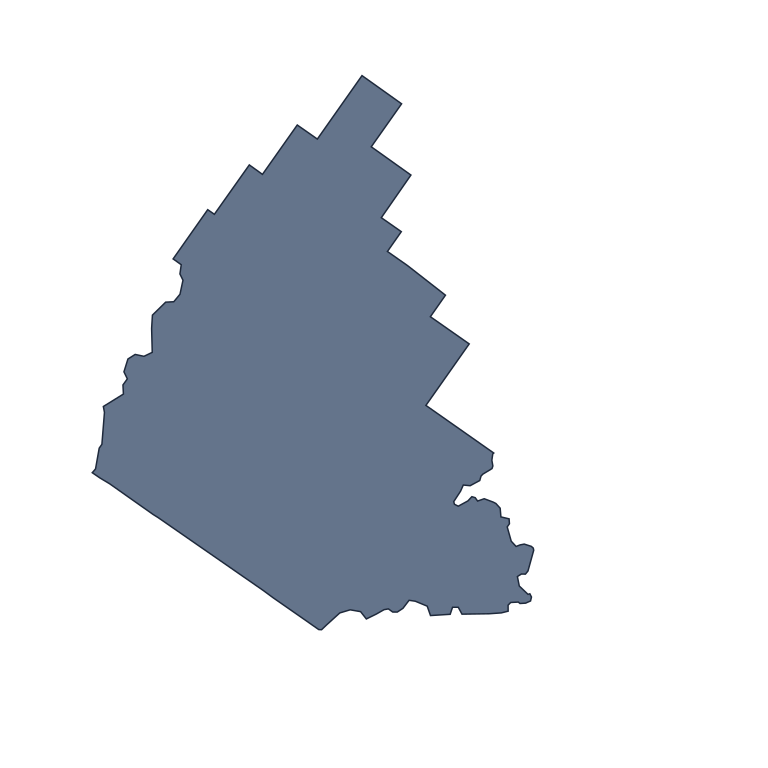 Fremont, Idaho, United States of America (Equal Earth projection), rotated 125°
{"feature_id": "52423323B19841424065600", "entity_name": "Fremont", "entity_type": "district", "adm_level": 2, "iso_a3": "USA", "parent_name": "United States of America", "parent_adm1": "Idaho", "projection": "equal_earth", "projection_center": [-111.419, 44.319], "detail": "fine", "context": "isolated", "style": "filled", "palette": "slate", "viewbox_px": 768, "rotation_deg": 125, "n_neighbors": 0, "source": "geoboundaries", "source_scale": "gbopen_adm2", "svg_char_len": 1683}
<svg xmlns="http://www.w3.org/2000/svg" viewBox="0 0 768 768"><g transform="rotate(125 384 384)"><path d="M377.6,254.5L377.5,337.4L302.3,337.2L302.3,384.6L276.0,384.6L273.5,432.7L273.5,457.2L249.3,457.2L249.3,481.6L197.4,481.8L197.0,530.5L144.4,530.3L144.0,578.9L221.6,579.1L221.6,603.6L282.0,603.8L281.8,620.0L342.3,620.3L342.3,628.4L402.5,628.5L402.6,618.5L410.9,614.3L414.3,608.2L427.5,602.6L437.2,603.4L442.2,609.8L460.4,613.2L471.8,606.2L491.0,592.0L499.0,596.5L502.5,604.8L510.4,608.1L523.2,604.0L527.0,597.2L534.5,597.3L541.7,591.7L563.4,601.0L567.6,596.7L595.2,580.5L599.9,580.5L619.0,571.6L624.0,572.1L623.9,562.8L623.1,551.5L623.2,528.8L623.2,528.5L623.2,527.4L623.3,498.2L623.0,492.5L622.4,364.1L622.7,352.2L622.6,318.0L622.6,316.8L622.6,296.6L621.1,294.2L614.5,292.9L596.9,288.9L588.4,282.2L583.9,272.6L586.6,263.7L576.8,258.3L568.8,254.5L565.7,251.4L565.8,246.1L563.2,242.3L556.9,239.8L546.8,239.4L544.0,233.8L541.2,221.2L547.0,213.1L534.7,197.7L527.6,199.8L524.3,195.1L527.8,188.1L511.9,166.1L504.2,156.6L498.9,152.0L494.0,155.5L490.3,154.9L485.6,148.9L485.8,146.7L482.2,142.2L481.1,141.6L477.7,139.5L473.9,141.0L472.2,144.2L473.7,145.4L471.9,157.3L465.2,164.3L460.9,162.5L458.6,159.1L454.6,158.8L436.3,165.3L434.3,166.0L432.8,167.6L432.5,170.2L434.7,177.3L437.7,180.2L441.3,182.6L439.8,189.6L430.4,201.1L426.5,201.1L422.7,204.2L425.8,212.0L419.1,217.6L417.7,223.8L418.1,226.8L420.5,236.1L426.2,240.2L424.8,244.1L425.9,247.4L431.6,248.2L441.5,253.1L442.1,257.3L440.4,259.4L427.9,259.8L421.3,261.1L417.9,255.1L408.1,250.2L403.8,251.7L401.1,251.3L391.3,247.0L388.7,247.8L384.6,251.9L378.9,254.8L377.6,254.5Z" fill="#64748b" stroke="#1e293b" stroke-width="1.5"/></g></svg>